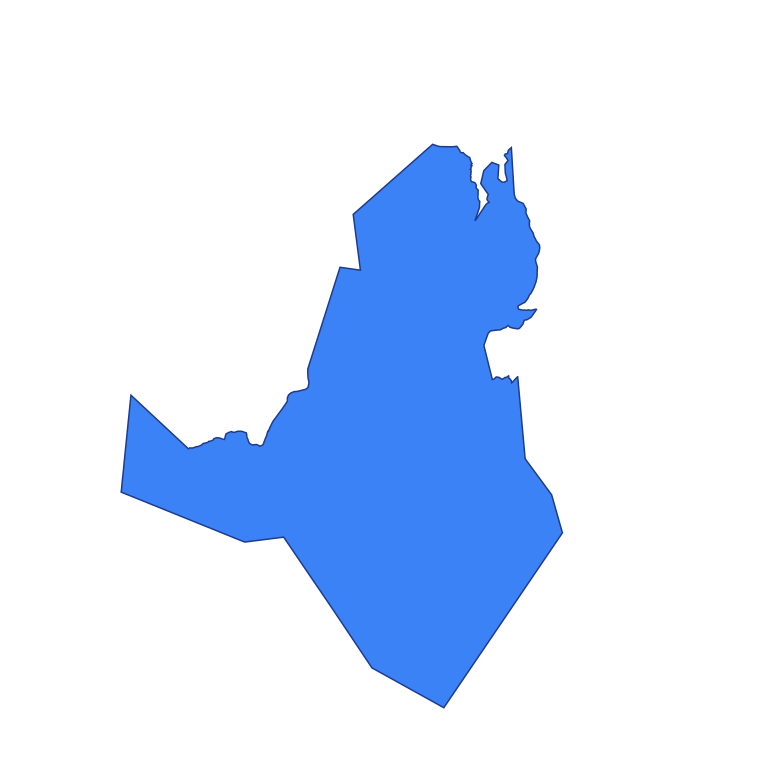 Calihualá, Oaxaca, Mexico (Equal Earth projection), rotated 25°
{"feature_id": "50627088B89954579529198", "entity_name": "Calihualá", "entity_type": "district", "adm_level": 2, "iso_a3": "MEX", "parent_name": "Mexico", "parent_adm1": "Oaxaca", "projection": "equal_earth", "projection_center": [-98.262, 17.554], "detail": "fine", "context": "isolated", "style": "filled", "palette": "blue", "viewbox_px": 768, "rotation_deg": 25, "n_neighbors": 0, "source": "geoboundaries", "source_scale": "gbopen_adm2", "svg_char_len": 3506}
<svg xmlns="http://www.w3.org/2000/svg" viewBox="0 0 768 768"><g transform="rotate(25 384 384)"><path d="M575.0,652.1L608.6,443.5L582.8,413.6L543.5,392.1L501.8,320.4L502.0,320.9L499.3,328.9L497.7,327.0L496.0,326.2L494.7,325.9L493.5,324.0L491.9,326.6L491.0,326.8L489.2,329.8L485.5,329.4L482.9,330.1L482.4,330.8L481.8,332.7L481.3,333.3L480.4,333.8L480.2,334.1L458.2,306.8L457.0,294.1L458.0,291.0L460.3,289.4L463.3,287.6L466.5,285.8L468.6,283.0L470.6,281.3L471.2,279.6L471.7,278.6L472.6,278.7L474.0,279.3L476.4,279.0L479.9,278.1L482.4,277.3L483.5,275.6L484.6,271.1L484.2,267.5L484.6,266.5L486.4,265.4L489.1,261.3L490.4,254.3L490.7,252.0L490.0,252.0L487.6,253.9L485.7,255.4L484.0,255.6L482.9,256.2L481.7,257.1L480.1,257.5L478.7,258.4L474.4,259.3L473.7,258.5L472.6,257.4L472.9,256.1L474.2,254.3L475.9,251.8L477.0,250.8L478.0,247.1L478.2,245.1L478.2,241.9L478.9,239.7L479.1,236.0L479.1,233.0L478.6,227.2L477.8,223.6L476.7,220.4L475.5,217.9L473.7,213.3L472.1,211.5L470.6,209.9L469.0,207.8L468.5,205.9L468.6,204.5L468.9,200.5L468.6,198.1L467.7,194.9L466.4,192.7L465.2,191.7L463.6,191.0L461.4,189.8L460.0,188.6L457.6,186.8L455.2,184.0L451.0,181.3L449.4,179.9L447.6,176.6L447.2,174.7L443.3,171.7L440.4,169.1L438.8,165.2L437.1,164.0L433.7,161.5L431.6,161.6L427.7,161.7L424.4,160.0L421.7,156.8L399.5,115.9L397.9,119.5L398.5,122.9L396.6,124.5L396.6,126.1L398.9,127.1L402.0,129.0L400.8,133.9L404.8,141.6L407.3,144.5L409.7,147.6L407.8,150.2L405.5,151.2L400.4,149.7L395.5,137.0L388.1,137.6L384.3,148.5L387.0,161.5L396.9,167.3L398.3,168.0L398.9,172.1L399.2,173.0L399.6,173.4L400.3,173.9L402.5,175.0L401.5,176.1L400.5,178.4L400.3,179.8L398.8,189.7L398.3,193.2L398.3,193.6L398.1,195.0L397.9,196.3L397.4,197.6L396.5,188.6L395.9,183.6L394.5,180.3L393.5,177.9L392.9,177.8L391.6,177.0L390.1,175.0L388.8,171.6L388.2,170.7L387.4,168.4L385.7,167.9L384.3,166.9L383.7,164.9L381.9,163.4L380.8,163.1L378.0,163.6L376.9,163.2L376.6,162.5L376.0,162.0L375.5,160.7L375.4,159.6L374.8,159.4L374.4,158.5L374.2,158.0L374.1,156.8L373.4,156.0L373.3,154.5L372.3,153.7L371.5,153.0L372.1,152.4L371.4,151.8L371.4,148.9L370.2,148.9L370.7,147.0L369.0,145.9L365.9,142.5L364.3,142.5L362.2,142.2L360.1,141.7L358.0,140.9L356.1,141.7L354.9,141.4L353.9,140.3L349.6,137.8L348.0,138.7L346.0,140.0L334.8,145.0L332.7,145.6L326.8,146.2L290.4,229.6L284.4,243.3L314.5,290.8L294.8,296.8L301.3,346.4L308.6,402.7L310.9,407.4L312.6,410.6L315.4,414.4L316.6,419.1L315.7,421.1L314.5,422.6L312.5,424.1L310.5,425.8L308.0,427.7L305.9,428.8L303.4,431.4L302.1,434.3L302.3,437.4L303.7,440.5L303.0,445.1L302.1,450.3L301.1,455.0L300.0,460.7L299.2,464.5L299.0,468.8L299.0,472.0L299.2,475.4L298.8,475.4L298.8,477.1L299.2,479.1L299.4,479.5L299.5,483.6L299.7,485.7L299.9,488.7L300.0,490.3L297.8,492.9L296.5,492.7L294.1,492.7L292.8,493.4L290.4,494.9L287.3,494.7L285.2,493.1L284.1,491.7L282.3,490.3L280.9,487.8L279.9,486.5L275.1,487.0L273.2,487.8L271.2,488.8L269.2,490.8L267.6,491.6L266.0,491.5L263.9,493.3L262.0,495.9L262.1,497.8L262.7,500.1L262.6,501.9L260.2,502.2L258.3,502.3L256.8,502.8L255.3,503.2L253.0,505.3L252.6,507.3L250.6,509.4L249.5,509.9L249.0,511.3L247.6,512.6L246.2,513.6L245.2,514.4L244.4,516.5L242.4,518.8L240.0,520.5L237.9,522.7L236.7,523.3L234.8,524.1L234.2,525.4L159.4,501.1L178.5,555.9L182.6,567.6L184.0,571.5L186.2,577.8L188.0,583.1L190.3,589.5L191.5,593.1L195.2,592.9L306.2,587.1L314.1,586.7L323.2,586.2L324.5,586.1L324.9,585.9L337.3,578.1L357.8,565.2L427.7,606.8L440.3,614.4L493.1,646.4L575.0,652.1Z" fill="#3b82f6" stroke="#1e3a8a" stroke-width="1.5"/></g></svg>